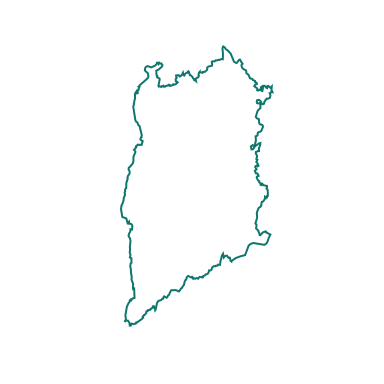 Yangon (North), Yangon, Myanmar (Equal Earth projection), rotated 201°
{"feature_id": "60261553B66884558345744", "entity_name": "Yangon (North)", "entity_type": "district", "adm_level": 2, "iso_a3": "MMR", "parent_name": "Myanmar", "parent_adm1": "Yangon", "projection": "equal_earth", "projection_center": [96.121, 17.31], "detail": "fine", "context": "isolated", "style": "outline", "palette": "teal", "viewbox_px": 384, "rotation_deg": 201, "n_neighbors": 0, "source": "geoboundaries", "source_scale": "gbopen_adm2", "svg_char_len": 6093}
<svg xmlns="http://www.w3.org/2000/svg" viewBox="0 0 384 384"><g transform="rotate(201 192 192)"><path d="M103.6,180.4L108.2,180.8L108.4,181.4L109.3,181.6L111.4,179.6L112.8,176.1L113.4,176.1L114.6,177.9L116.0,179.0L116.2,179.7L119.1,180.9L119.9,184.3L121.5,185.4L122.0,191.5L123.9,195.4L124.1,196.7L124.1,200.6L123.6,201.8L122.8,202.6L122.5,203.7L123.3,207.8L122.4,208.4L122.0,209.3L121.5,211.8L122.1,213.5L120.8,213.0L120.8,214.5L120.0,214.2L119.9,215.7L121.1,218.9L122.3,221.3L123.7,221.9L123.7,223.4L124.2,224.5L127.4,224.0L129.3,224.8L129.3,224.1L129.8,224.4L130.1,223.2L130.6,223.3L130.9,224.4L132.7,225.1L133.1,226.3L134.7,226.6L136.9,228.8L136.9,229.7L135.6,230.9L136.9,232.3L137.6,232.7L139.1,232.4L140.9,234.2L139.9,236.4L141.9,237.8L141.9,239.0L140.9,240.1L139.9,239.5L139.3,240.4L141.6,242.6L142.8,243.2L142.5,245.6L143.8,245.9L144.0,248.8L146.4,251.1L146.7,252.3L145.8,252.9L145.4,253.7L144.1,254.2L145.2,256.7L145.2,260.2L145.7,262.2L147.0,261.3L149.5,257.4L150.4,253.7L151.7,253.1L153.4,255.6L152.2,257.5L150.7,256.9L150.2,257.3L150.7,262.8L152.6,266.8L151.5,267.7L151.1,268.7L151.7,270.1L151.7,271.1L149.2,273.6L149.1,278.5L150.3,279.8L153.0,279.6L154.0,280.4L155.7,284.0L157.6,284.0L159.3,284.9L159.8,289.8L159.7,291.8L158.2,294.9L160.2,299.6L162.0,298.3L163.1,298.3L164.0,299.6L164.0,301.2L162.5,302.0L160.4,301.4L158.4,299.3L157.7,299.1L156.4,300.2L156.8,302.4L156.2,303.4L156.4,304.6L155.9,305.0L155.6,306.1L154.9,306.1L153.2,307.5L153.1,308.4L153.5,310.5L154.9,312.1L154.2,312.6L154.0,313.6L152.6,314.0L154.3,315.6L155.4,319.2L156.2,317.4L158.7,318.3L159.0,317.2L159.4,317.4L159.1,315.9L160.2,316.0L161.4,316.9L162.9,317.1L164.1,316.2L165.2,314.6L165.1,314.0L164.3,313.6L163.5,314.9L163.1,315.0L162.5,311.5L164.5,311.6L165.2,312.1L166.6,310.4L167.6,310.3L168.1,312.0L171.8,313.1L171.6,314.6L170.1,316.2L171.0,317.2L172.3,317.1L173.0,318.3L175.1,318.3L176.2,319.2L178.6,318.9L181.3,321.7L183.7,322.3L185.0,324.8L188.8,325.4L190.6,326.9L191.1,327.9L191.3,328.6L190.7,329.8L193.1,331.4L194.1,332.5L194.7,332.8L195.3,332.4L196.5,328.5L197.5,328.3L199.6,328.8L205.4,335.0L209.4,337.0L211.7,337.5L213.2,338.7L215.0,339.1L215.2,338.9L214.9,336.7L212.7,332.3L210.8,327.0L212.3,326.6L213.8,325.0L214.8,324.9L216.1,323.6L217.1,323.4L217.6,322.1L219.1,321.6L220.2,320.8L218.5,317.2L221.7,314.9L222.4,313.6L221.6,311.5L223.1,308.7L224.8,308.1L225.1,307.7L225.0,307.0L227.5,306.7L227.7,306.3L227.9,306.9L228.2,306.1L227.9,303.6L227.2,303.0L227.3,301.3L227.9,300.9L229.0,299.3L228.8,298.0L228.1,297.0L229.2,297.4L230.0,297.2L230.7,298.2L231.8,298.5L232.6,299.5L235.1,300.5L235.8,300.3L237.9,303.0L238.7,303.4L239.0,302.9L238.8,301.8L239.7,301.5L240.7,299.9L241.0,297.9L241.9,298.1L243.2,300.1L243.4,297.8L244.4,295.7L245.0,295.4L246.1,296.3L248.6,295.2L248.3,294.3L247.2,293.2L247.7,291.6L246.7,289.5L245.2,289.6L244.6,289.1L246.0,286.6L247.2,285.8L248.0,285.9L248.0,285.2L250.3,283.2L251.0,283.1L251.2,283.9L252.0,283.9L253.5,282.1L255.1,281.2L255.1,280.5L256.7,280.1L257.1,280.8L258.1,279.9L258.4,279.0L259.8,279.1L260.8,278.5L261.4,279.2L262.6,285.9L263.1,286.3L265.6,286.6L265.7,287.2L266.1,287.4L266.0,288.0L267.2,288.7L268.8,292.5L267.1,294.3L265.7,296.9L265.0,298.4L265.0,299.8L266.7,301.0L267.7,300.4L268.7,300.9L268.9,300.3L269.0,300.6L269.4,300.3L269.5,300.6L270.2,300.6L271.0,300.2L270.9,298.7L271.6,296.9L274.8,293.7L278.4,293.7L279.8,292.3L280.1,290.8L279.6,288.6L275.7,287.0L274.0,284.1L274.1,282.7L274.9,280.8L279.2,272.7L278.7,271.7L279.6,271.1L278.9,270.5L278.5,268.7L278.9,266.1L278.1,264.9L279.4,263.9L280.0,265.6L280.4,263.7L280.3,262.7L278.7,259.1L278.4,255.7L277.8,254.5L278.0,253.4L277.6,252.8L277.4,250.5L270.8,239.1L269.5,237.7L267.8,237.3L266.2,235.3L264.6,234.8L259.2,227.0L259.1,224.8L258.9,224.8L259.3,223.8L259.0,222.7L258.2,222.1L256.3,221.9L255.9,217.9L257.4,217.6L258.3,216.8L259.5,216.9L260.6,214.8L260.2,214.5L260.2,213.8L260.5,213.6L260.4,212.4L261.3,210.6L259.4,209.6L259.1,208.6L259.3,203.8L257.7,199.7L257.5,197.6L258.8,193.6L259.7,192.0L259.3,190.3L258.1,189.5L257.1,187.8L256.9,186.4L257.5,184.6L257.5,182.5L256.8,181.5L256.5,176.7L254.8,172.1L255.2,171.7L255.3,169.9L254.6,168.6L254.7,167.4L253.4,165.0L253.6,162.2L252.9,159.7L252.7,156.1L253.0,154.1L252.1,150.5L248.1,143.7L243.9,143.8L241.0,139.9L240.2,141.7L239.4,139.8L238.1,140.4L236.4,140.0L235.3,138.6L234.6,135.4L236.1,135.2L235.4,133.0L235.8,131.0L235.6,128.4L233.1,126.2L232.0,124.6L230.3,118.4L229.2,116.1L228.4,113.0L227.0,111.5L226.5,108.6L224.9,108.5L223.1,104.2L223.7,103.3L223.0,100.4L221.9,98.9L219.7,94.2L217.8,91.1L217.1,88.6L213.9,84.9L213.1,82.0L212.2,80.3L211.4,81.1L207.7,72.5L209.0,71.7L209.5,70.4L210.4,70.1L210.0,68.8L211.2,68.6L210.9,66.8L211.4,65.7L211.7,61.7L210.0,53.0L208.0,49.4L208.4,46.6L207.5,48.3L205.7,49.0L203.5,47.4L202.2,44.9L201.4,45.2L201.2,45.5L201.6,46.9L201.2,47.5L199.1,47.7L198.0,48.8L197.5,48.8L197.0,49.5L197.3,50.3L196.2,51.1L193.2,55.6L193.0,56.8L192.6,57.1L193.4,58.1L192.6,59.6L192.6,60.2L191.9,60.7L191.7,62.0L191.3,62.6L191.8,64.1L190.7,65.0L190.9,65.8L188.7,67.1L188.9,67.8L187.8,69.0L187.3,71.6L186.4,71.6L185.9,70.3L184.8,69.8L184.0,68.4L183.8,69.1L184.9,75.9L184.3,78.3L181.9,80.2L181.5,81.7L180.9,81.8L180.6,82.9L180.9,83.7L180.6,84.6L177.8,84.2L177.4,84.7L177.3,86.8L176.5,87.9L176.6,89.9L176.2,92.8L172.0,94.6L168.5,94.5L167.4,98.6L166.9,99.0L166.9,100.3L166.2,102.4L166.8,106.1L166.5,107.7L166.0,108.2L166.3,110.0L166.1,111.2L165.4,112.3L162.5,111.9L161.5,112.9L161.0,112.6L160.4,111.5L159.7,111.5L159.6,112.2L158.0,112.1L157.0,113.2L156.0,113.5L155.3,113.2L154.4,115.5L151.9,115.9L151.9,116.6L151.2,116.6L151.3,117.5L150.0,118.9L149.8,119.8L148.0,121.3L147.7,122.9L148.0,124.9L146.6,125.4L146.0,126.1L146.0,129.2L144.7,130.9L143.4,131.1L143.3,131.7L141.8,132.4L141.7,133.5L139.7,134.1L140.7,137.7L140.7,139.4L141.3,143.1L140.9,145.5L138.8,142.2L137.9,144.4L136.6,145.1L134.4,143.6L133.5,144.3L133.0,144.1L131.4,141.6L130.2,141.2L130.3,141.9L127.4,146.1L123.5,149.5L119.8,152.1L119.9,162.3L118.8,164.4L116.4,166.4L105.5,168.6L104.1,170.6L103.7,173.1L103.9,176.8L103.6,180.4Z" fill="none" stroke="#0f766e" stroke-width="2"/></g></svg>